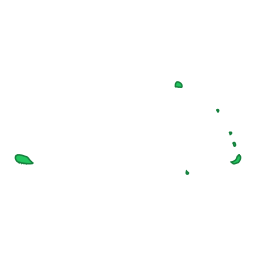 outline of Sapwuafik, Federated States of Micronesia
{"feature_id": "79324940B43236606250005", "entity_name": "Sapwuafik", "entity_type": "district", "adm_level": 2, "iso_a3": "FSM", "parent_name": "Federated States of Micronesia", "parent_adm1": "", "projection": "mercator", "projection_center": [157.28, 5.815], "detail": "fine", "context": "isolated", "style": "filled", "palette": "green", "viewbox_px": 256, "rotation_deg": 0, "n_neighbors": 0, "source": "geoboundaries", "source_scale": "gbopen_adm2", "svg_char_len": 2555}
<svg xmlns="http://www.w3.org/2000/svg" viewBox="0 0 256 256"><path d="M21.1,155.1L18.9,154.8L18.3,154.9L17.7,155.0L17.4,154.9L17.3,155.1L16.5,155.4L16.3,155.4L15.7,156.1L15.9,156.3L15.4,157.2L15.4,158.2L15.6,159.0L16.2,160.2L16.9,161.2L17.5,161.7L18.4,162.1L19.2,162.3L19.1,162.5L19.3,162.5L19.4,162.4L19.8,162.4L19.9,162.7L20.1,162.5L21.9,163.0L21.9,163.3L22.1,163.2L22.3,163.0L23.3,163.2L23.8,163.6L24.1,163.6L24.2,163.3L26.4,163.6L26.4,163.9L26.7,163.9L26.9,163.6L28.4,163.7L30.5,163.7L32.4,163.5L32.9,163.0L32.8,162.9L32.5,162.8L32.0,162.4L31.4,161.6L30.9,161.3L30.3,160.7L29.4,159.6L28.6,158.6L28.5,158.3L28.1,158.0L27.7,157.5L27.3,157.2L26.9,156.9L26.1,156.6L25.6,156.5L24.1,156.0L22.8,155.5L21.1,155.1ZM238.9,161.8L239.8,160.4L240.4,159.1L240.6,157.8L240.5,156.6L240.2,155.9L239.4,155.5L239.4,155.4L239.4,155.2L239.3,154.8L239.0,154.8L238.5,155.1L238.5,155.3L238.8,155.5L238.2,155.7L237.6,156.1L237.3,156.4L237.0,157.3L236.6,158.4L236.2,159.3L235.3,160.3L233.9,161.1L232.7,161.8L232.4,161.7L231.9,162.0L231.4,161.9L231.1,162.0L231.4,162.4L232.6,163.1L233.2,163.7L234.2,163.8L234.4,163.8L238.3,162.5L238.9,161.8ZM181.9,86.9L182.0,86.2L181.8,84.9L181.5,84.3L180.7,83.3L179.4,82.4L178.0,81.9L176.8,82.0L176.1,82.8L175.6,83.7L175.4,85.0L175.4,85.8L175.4,86.6L175.8,86.9L176.3,86.8L177.0,86.8L178.7,87.2L179.7,87.1L181.1,87.3L181.6,87.2L181.9,86.9ZM234.9,146.1L235.1,146.0L235.4,145.6L235.5,145.4L235.5,145.0L235.5,144.7L235.5,144.4L235.4,143.9L235.1,143.6L234.9,142.8L234.7,142.6L234.4,142.5L233.8,142.5L233.5,142.7L233.1,142.9L233.0,143.2L233.3,143.5L233.5,144.0L233.6,144.8L233.7,145.0L233.8,145.3L234.0,145.6L234.2,146.1L234.3,146.2L234.5,146.2L234.8,146.1L234.9,146.1ZM187.6,174.1L188.0,174.0L188.3,173.6L188.5,173.1L188.5,172.9L188.3,172.7L187.9,172.3L187.6,172.1L187.1,171.7L186.6,171.3L186.5,171.0L186.4,171.1L186.4,171.4L186.5,171.6L186.4,172.0L186.2,172.5L186.2,173.0L186.3,173.5L186.6,173.9L187.0,174.1L187.6,174.1ZM231.4,132.5L231.3,132.4L231.1,132.2L230.8,132.2L230.5,132.2L230.2,132.4L229.9,132.3L229.6,132.3L229.5,132.5L229.8,132.9L229.8,133.1L229.9,133.5L230.0,133.9L230.2,134.2L230.2,134.4L230.2,134.5L230.3,134.5L230.6,134.4L230.7,134.2L230.8,134.1L231.0,134.0L231.2,133.8L231.2,133.6L231.3,133.6L231.5,133.4L231.5,133.2L231.6,132.9L231.4,132.5ZM218.0,112.0L218.1,111.9L218.4,111.6L218.5,111.1L218.7,110.6L218.6,110.2L218.5,109.9L218.2,109.7L217.8,109.5L217.6,109.6L217.2,109.8L216.9,109.8L216.8,110.1L216.9,110.4L217.2,110.8L217.4,111.0L217.7,111.8L217.8,111.9L218.0,112.0Z" fill="#22c55e" stroke="#15803d" stroke-width="1.5"/></svg>